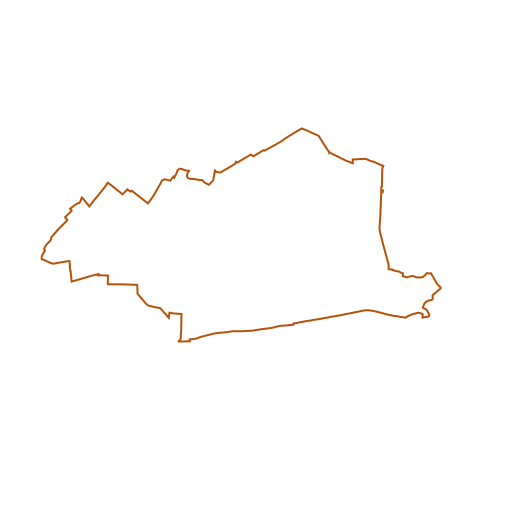 Milisauti, Suceava, Romania, rotated 315°
{"feature_id": "2599482B30134171619265", "entity_name": "Milisauti", "entity_type": "district", "adm_level": 2, "iso_a3": "ROU", "parent_name": "Romania", "parent_adm1": "Suceava", "projection": "albers", "projection_center": [26.004, 47.784], "detail": "fine", "context": "isolated", "style": "outline", "palette": "amber", "viewbox_px": 512, "rotation_deg": 315, "n_neighbors": 0, "source": "geoboundaries", "source_scale": "gbopen_adm2", "svg_char_len": 4709}
<svg xmlns="http://www.w3.org/2000/svg" viewBox="0 0 512 512"><g transform="rotate(315 256 256)"><path d="M350.6,411.4L351.0,411.0L352.3,409.5L352.9,408.8L354.1,408.7L354.4,408.6L356.6,408.9L359.3,409.1L361.1,409.3L362.7,409.5L363.6,409.4L364.2,409.0L364.3,408.4L364.3,407.4L364.3,406.1L364.3,404.1L364.5,403.0L365.2,400.6L366.2,396.8L367.5,392.0L365.6,390.2L364.7,388.9L362.2,389.1L359.5,389.0L357.6,388.0L355.5,385.9L354.0,384.0L353.6,382.7L352.9,381.1L351.6,380.1L347.7,377.8L346.8,376.3L345.6,374.1L347.6,372.1L346.6,370.2L346.4,368.9L346.3,368.4L344.1,365.2L342.7,362.5L343.0,362.1L340.4,359.2L343.7,355.8L349.8,345.2L351.6,342.0L354.2,337.5L358.0,331.2L360.7,326.6L362.9,323.7L366.2,320.8L369.5,318.0L374.9,313.1L383.6,305.1L388.1,300.9L389.4,299.7L389.7,299.4L390.6,300.5L392.1,299.4L391.1,298.0L393.5,295.7L394.2,295.9L394.4,295.7L395.7,294.5L404.2,286.2L404.6,286.0L405.3,285.2L406.1,284.5L407.4,283.3L409.7,282.3L407.2,276.2L405.7,272.2L404.6,270.6L403.6,268.3L402.9,266.3L402.3,265.1L401.4,264.0L398.2,261.1L395.4,258.7L392.7,256.1L390.2,258.6L390.0,258.8L389.2,257.2L388.2,254.6L387.2,252.7L386.7,251.3L386.1,249.2L385.9,248.7L385.2,246.8L384.4,244.0L382.5,238.9L381.7,236.7L381.5,235.0L381.3,234.6L381.0,234.6L381.2,234.4L381.3,233.7L381.5,232.5L382.0,229.7L382.3,228.5L384.5,218.7L385.2,215.6L385.2,215.1L383.0,209.4L382.4,207.8L381.0,204.0L378.5,198.1L375.6,197.4L370.2,196.0L367.1,195.3L364.4,194.6L363.3,194.4L362.0,194.1L361.4,193.9L360.9,193.8L360.7,193.8L360.6,193.7L355.4,192.9L348.2,191.0L336.5,187.5L336.1,186.5L324.6,183.6L324.1,180.6L308.8,176.7L308.5,175.2L306.4,176.1L290.3,171.9L289.5,171.5L288.9,170.5L287.4,168.5L287.4,166.6L279.2,172.3L273.0,172.3L271.5,167.6L271.7,164.2L269.9,162.6L266.9,158.1L264.3,155.3L263.0,152.8L263.6,150.6L265.7,149.2L268.8,148.4L266.9,145.8L264.8,141.7L263.9,140.4L262.3,139.9L260.5,140.1L259.7,140.8L253.5,142.8L253.8,141.4L251.7,141.6L248.8,142.2L248.6,141.8L245.5,137.0L242.9,136.1L239.4,137.3L233.2,139.0L226.9,140.7L221.8,141.7L216.8,142.4L216.2,137.5L215.0,127.6L214.3,122.1L214.1,122.0L213.0,121.9L212.4,119.9L212.1,117.9L205.3,118.1L204.5,111.0L204.1,107.3L203.1,99.4L199.4,100.1L192.2,101.0L180.8,102.1L173.2,103.1L173.5,100.5L174.4,91.9L174.2,91.5L172.8,92.1L170.2,93.3L168.8,93.6L168.2,93.4L167.0,92.6L163.4,91.8L158.0,91.1L157.7,93.6L157.1,93.6L156.6,93.6L154.3,93.7L150.2,93.6L148.4,93.6L147.9,97.2L146.9,97.2L145.9,97.3L144.2,97.3L141.6,97.3L135.1,97.3L124.5,98.0L124.1,98.3L122.4,99.4L121.4,99.8L119.7,99.7L118.2,99.7L116.1,99.8L113.7,100.2L112.3,100.7L111.1,101.2L110.9,101.7L110.8,102.5L110.3,103.0L109.6,103.3L108.0,103.5L107.0,103.8L105.5,104.2L104.6,104.5L103.7,105.2L102.9,106.0L102.3,106.8L102.9,107.8L105.3,114.4L106.0,116.1L106.8,117.6L108.5,119.1L111.0,120.7L114.5,123.2L120.6,127.6L117.4,131.6L117.1,131.5L114.2,135.2L114.4,135.4L107.6,143.7L116.7,148.8L126.0,153.8L131.7,157.3L131.0,157.6L130.6,157.9L134.4,161.8L137.5,165.2L134.4,168.1L131.3,171.1L131.3,171.3L132.6,172.6L134.7,174.7L142.5,182.6L144.9,185.2L151.6,192.4L150.4,193.8L145.5,199.0L144.6,210.3L144.5,213.1L144.8,214.8L145.2,215.5L146.5,217.7L148.3,220.6L150.5,223.8L151.4,225.2L151.3,228.6L150.9,231.1L151.2,232.6L150.8,235.2L150.6,238.1L154.7,234.9L157.0,238.2L162.3,244.4L160.1,246.3L157.2,249.3L155.1,251.2L152.7,253.6L150.7,255.6L147.6,258.2L146.6,259.0L145.7,259.9L145.2,260.6L144.2,261.2L143.2,261.5L142.7,261.5L141.9,261.7L141.2,261.5L140.3,261.4L141.3,262.1L141.9,262.6L142.9,263.8L146.8,267.5L149.0,269.5L149.1,269.1L150.0,268.1L151.6,269.1L152.8,270.4L154.2,271.4L155.1,271.8L156.0,272.5L157.3,273.1L159.1,273.8L163.0,276.1L169.1,279.7L171.5,281.2L173.7,282.8L176.5,285.0L181.1,288.9L186.6,292.9L188.7,295.1L193.1,299.5L197.1,303.0L200.7,306.3L205.8,309.9L213.1,315.5L215.6,317.4L218.6,319.4L222.6,321.7L224.1,322.8L228.7,326.9L233.8,331.0L234.8,330.2L236.6,331.6L240.7,334.3L244.5,336.9L247.7,339.2L249.5,340.7L250.5,341.1L255.2,344.7L260.0,347.9L261.9,349.2L263.0,350.2L265.4,351.5L269.3,354.5L272.0,356.3L275.8,358.9L281.8,362.9L287.1,366.4L292.0,369.6L295.8,372.4L297.0,373.7L299.9,377.5L302.5,381.6L304.3,384.7L308.2,391.3L311.0,395.6L312.3,397.3L312.5,397.7L313.1,398.2L313.5,398.6L314.0,399.8L314.6,400.6L314.9,401.1L315.4,401.8L316.3,402.8L317.4,404.3L317.8,404.8L318.5,405.6L319.2,405.6L319.9,405.6L321.3,406.1L322.8,406.7L323.7,407.3L324.1,407.3L325.0,407.5L330.5,410.8L331.1,411.4L331.8,412.6L332.4,414.1L332.6,414.6L332.6,415.1L332.4,415.4L332.2,415.7L330.2,417.3L332.4,418.9L335.5,420.9L336.7,420.4L337.3,419.1L338.4,415.6L338.5,413.8L337.9,412.4L337.5,411.2L337.5,410.5L338.5,410.0L339.6,409.4L341.6,408.7L343.5,408.7L345.5,409.0L346.7,409.7L348.6,410.9L349.8,411.4L350.6,411.4Z" fill="none" stroke="#b45309" stroke-width="2"/></g></svg>